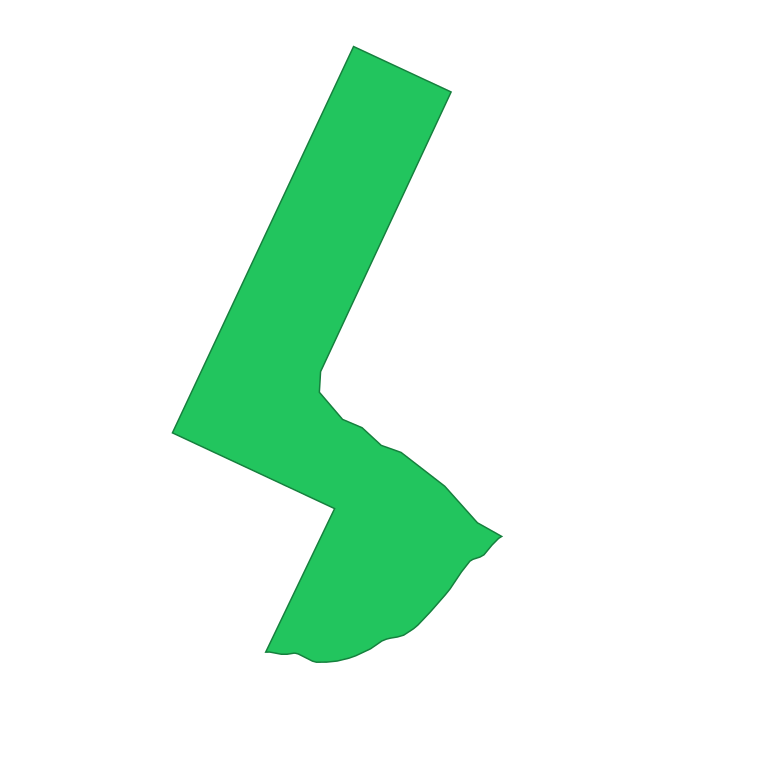 outline of Pepin, Wisconsin, United States of America, rotated 295°
{"feature_id": "52423323B37553919302719", "entity_name": "Pepin", "entity_type": "district", "adm_level": 2, "iso_a3": "USA", "parent_name": "United States of America", "parent_adm1": "Wisconsin", "projection": "mercator", "projection_center": [-92.145, 44.546], "detail": "fine", "context": "isolated", "style": "filled", "palette": "green", "viewbox_px": 768, "rotation_deg": 295, "n_neighbors": 0, "source": "geoboundaries", "source_scale": "gbopen_adm2", "svg_char_len": 719}
<svg xmlns="http://www.w3.org/2000/svg" viewBox="0 0 768 768"><g transform="rotate(295 384 384)"><path d="M677.0,213.8L250.3,212.9L250.2,391.9L91.0,390.1L92.8,393.8L95.7,405.2L98.2,410.5L102.1,416.3L102.6,417.7L103.1,420.4L102.6,436.3L103.3,440.3L107.8,449.7L113.1,458.6L120.8,468.2L125.7,473.2L138.3,483.7L150.1,490.6L153.7,493.9L156.3,497.1L160.4,503.1L164.7,508.0L174.7,514.2L179.9,516.6L197.3,522.4L219.4,528.8L226.3,530.5L246.4,533.6L259.7,536.7L262.7,538.7L267.8,544.2L271.5,546.8L283.5,549.9L292.5,553.1L295.6,555.1L297.7,527.3L317.0,482.3L329.2,428.4L327.2,407.4L335.1,382.7L334.4,361.4L349.2,328.9L368.4,321.3L463.4,321.3L677.0,321.4L677.0,213.8Z" fill="#22c55e" stroke="#15803d" stroke-width="1.5"/></g></svg>